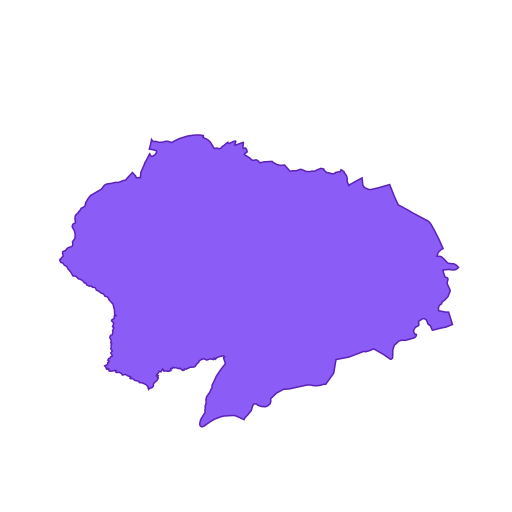 Tay Ninh, Tây Ninh, Vietnam (Mercator projection), rotated 248°
{"feature_id": "81297802B48058598464830", "entity_name": "Tay Ninh", "entity_type": "district", "adm_level": 2, "iso_a3": "VNM", "parent_name": "Vietnam", "parent_adm1": "Tây Ninh", "projection": "mercator", "projection_center": [106.126, 11.366], "detail": "fine", "context": "isolated", "style": "filled", "palette": "violet", "viewbox_px": 512, "rotation_deg": 248, "n_neighbors": 0, "source": "geoboundaries", "source_scale": "gbopen_adm2", "svg_char_len": 6064}
<svg xmlns="http://www.w3.org/2000/svg" viewBox="0 0 512 512"><g transform="rotate(248 256 256)"><path d="M169.6,439.5L172.1,438.5L173.6,437.5L174.7,436.4L177.1,431.7L177.9,431.0L182.5,429.3L185.9,427.6L186.8,426.4L188.0,423.7L191.1,426.3L192.5,429.7L192.8,432.2L202.7,431.9L214.3,430.9L220.2,430.1L223.3,429.1L224.2,428.5L236.9,417.7L242.3,413.6L250.2,407.0L259.3,406.6L272.2,406.7L273.4,394.9L274.5,387.9L274.9,386.4L275.7,385.3L278.3,382.7L280.2,381.8L281.6,381.6L288.7,383.6L287.9,376.3L287.0,369.5L286.6,368.4L291.2,368.5L293.1,369.4L295.9,370.0L298.6,369.6L299.5,369.1L301.4,369.1L304.1,367.3L303.9,366.8L302.9,365.9L302.6,365.2L303.2,363.6L303.6,361.3L303.6,360.6L303.1,360.0L303.5,357.6L306.1,354.4L307.0,352.7L310.0,351.2L311.2,351.5L312.9,349.1L313.0,345.0L312.7,342.7L313.0,341.1L313.7,340.0L314.1,337.5L315.5,334.4L318.7,331.1L319.6,330.0L319.8,329.0L319.9,325.4L321.3,322.0L321.7,319.4L329.7,316.5L330.8,312.7L332.9,309.8L336.8,306.6L337.7,306.4L340.1,299.3L341.0,294.7L341.4,294.2L343.1,293.8L344.7,292.7L345.2,291.7L345.7,289.2L346.5,288.2L349.4,286.8L354.5,283.2L355.2,283.9L355.6,286.4L356.0,286.9L358.3,287.2L359.8,286.8L360.3,286.4L360.3,285.0L360.6,284.5L360.9,284.4L361.7,284.6L365.5,286.7L366.2,286.7L366.5,278.0L366.8,277.8L367.4,278.2L369.5,280.1L370.3,280.0L370.6,278.6L370.4,273.3L371.0,272.5L372.0,272.5L371.4,269.9L370.5,267.8L370.2,265.8L369.0,263.7L369.6,261.5L370.8,260.2L371.3,257.5L378.5,256.4L380.7,255.5L382.7,254.2L385.8,251.2L386.0,251.1L386.7,252.1L387.2,252.3L388.4,250.9L390.1,247.3L391.5,243.1L392.9,237.3L393.6,228.8L393.3,223.9L392.8,220.3L395.2,217.5L396.2,215.4L396.5,212.0L397.8,208.4L399.7,206.3L400.0,205.1L400.8,203.7L401.2,203.3L403.2,202.8L398.2,199.5L395.1,197.1L393.2,200.2L391.2,202.8L390.1,203.0L389.2,202.4L387.7,200.3L387.2,196.9L387.5,196.4L388.3,196.0L390.6,195.7L390.3,195.3L384.5,188.7L384.3,188.0L382.5,186.5L376.7,180.6L372.0,178.2L373.5,174.2L375.2,174.4L379.7,172.7L376.3,165.4L375.2,163.7L375.7,161.3L375.7,156.2L377.0,152.9L377.4,149.6L378.5,145.4L378.7,143.1L378.1,141.3L375.9,137.8L374.1,125.2L372.3,122.1L369.4,118.2L367.5,117.0L366.3,115.9L366.0,115.0L365.7,111.7L364.0,109.7L363.8,108.7L362.6,106.9L361.6,104.5L360.9,103.5L358.5,102.1L354.8,101.2L354.3,100.7L354.3,99.0L353.9,98.0L352.6,96.8L351.5,96.5L347.3,97.1L344.3,96.6L340.1,94.8L338.0,91.2L335.2,90.4L334.3,89.8L333.9,88.6L334.0,84.5L333.8,83.7L332.5,81.5L332.4,78.4L331.1,77.7L328.3,77.3L325.9,72.5L323.2,72.6L321.7,74.4L319.2,74.9L317.2,76.6L314.6,76.8L310.1,78.3L306.1,78.8L305.0,80.9L304.4,81.5L301.3,82.8L300.3,84.3L298.6,85.6L297.1,86.4L295.3,86.8L294.6,88.2L293.1,88.1L292.6,88.2L290.4,90.3L290.0,91.9L288.2,92.7L287.1,94.9L286.4,95.2L284.2,95.2L282.5,96.9L279.5,98.6L278.3,100.1L276.9,100.7L275.3,100.9L273.5,103.2L270.3,103.4L265.0,105.4L259.3,104.6L255.2,103.2L254.5,103.3L253.3,103.8L253.8,102.5L253.4,102.0L251.2,101.3L250.8,98.5L250.5,97.9L249.7,97.9L246.9,99.0L244.3,96.5L243.9,96.6L243.2,97.4L242.8,97.3L240.3,95.0L238.9,94.8L236.9,93.2L236.7,92.8L236.9,91.4L235.0,89.8L231.9,90.2L229.8,88.8L228.8,89.4L227.8,88.3L226.0,87.8L224.6,86.7L223.8,86.7L221.8,87.2L220.5,85.0L218.2,85.4L217.1,85.2L216.9,83.3L215.8,82.1L216.1,81.3L216.0,80.7L214.9,79.6L213.5,80.4L213.1,80.4L212.7,78.5L211.4,78.0L210.9,77.2L210.9,74.6L209.2,75.1L206.9,75.1L206.7,75.6L207.3,76.1L207.3,76.4L206.1,77.2L204.8,76.7L204.2,76.9L203.2,79.3L202.8,82.9L202.3,83.3L201.6,82.4L201.1,82.4L199.9,83.5L199.6,85.2L199.2,85.8L197.5,87.2L195.7,87.5L195.1,90.4L194.2,91.4L193.0,92.1L191.1,94.5L190.7,94.6L190.0,93.4L189.4,93.5L188.5,95.7L185.8,97.2L184.2,99.9L182.2,100.6L181.1,102.9L177.9,105.9L175.5,106.9L173.9,106.5L172.5,106.5L173.1,107.4L172.9,110.0L173.5,111.7L174.3,112.4L175.5,112.8L176.3,113.6L177.7,117.6L179.3,119.5L180.2,119.9L180.7,119.1L181.1,119.0L181.8,120.4L182.5,119.0L183.1,119.2L183.9,121.4L185.3,123.0L184.2,124.5L186.2,127.0L185.7,127.5L184.2,127.3L183.6,127.7L183.2,129.6L182.2,130.8L181.7,132.0L181.7,134.3L182.2,134.5L183.1,134.3L183.6,134.6L183.6,135.0L183.0,136.3L184.0,137.1L182.8,138.5L182.6,139.7L180.3,142.4L180.5,143.4L177.9,144.8L177.0,145.9L177.1,146.6L177.9,147.0L178.0,147.3L177.2,149.0L177.5,153.3L176.4,156.6L176.3,157.9L178.4,161.3L178.8,162.9L180.2,164.4L180.3,166.0L180.7,166.6L180.2,167.5L180.6,168.8L178.0,171.3L177.7,175.3L175.9,177.6L176.0,178.1L177.0,179.0L176.8,179.4L175.5,179.6L176.2,181.2L176.5,182.9L175.9,188.1L174.8,188.9L174.2,189.1L174.2,188.4L173.8,187.7L168.0,187.4L167.4,186.8L163.3,179.8L159.2,173.9L158.0,172.8L152.9,167.2L152.2,166.6L150.3,165.9L149.1,164.1L147.0,162.1L144.1,157.6L141.8,155.9L138.3,154.7L135.9,152.6L133.7,151.9L132.0,150.8L130.1,150.3L125.8,144.3L123.5,142.2L121.1,140.8L120.3,140.7L119.0,140.8L117.9,141.7L117.7,144.0L119.3,150.5L120.2,156.1L120.1,162.9L119.6,166.4L116.8,174.8L116.0,176.4L114.8,177.9L108.8,183.6L109.5,184.2L110.2,185.4L111.8,188.8L114.4,193.6L118.8,197.2L119.4,198.4L119.3,199.6L118.8,200.8L116.8,201.9L114.4,204.7L112.7,208.2L112.6,210.1L113.2,212.5L113.7,213.7L115.6,215.3L117.9,216.0L118.4,216.7L121.2,223.6L122.1,231.4L120.2,237.5L117.5,253.7L116.8,256.3L115.5,259.1L114.4,260.4L112.9,263.8L112.1,266.8L111.6,271.3L110.9,272.5L118.3,284.2L130.0,291.4L127.5,304.2L127.2,319.4L127.1,320.6L126.2,321.5L125.7,325.6L125.8,330.4L116.7,337.5L109.8,342.0L109.7,342.9L110.3,344.5L117.7,347.7L121.8,351.1L122.1,352.9L123.6,356.2L123.6,357.0L123.2,360.1L121.8,363.0L120.8,372.1L121.1,373.3L121.7,374.3L122.8,375.3L123.3,375.2L124.6,373.8L126.5,373.8L128.0,374.3L129.9,376.6L130.3,378.0L130.4,380.0L131.0,381.2L132.1,381.6L133.9,381.9L134.6,382.8L135.4,386.9L135.0,388.4L133.5,389.7L132.4,390.0L128.2,390.0L126.1,391.5L122.0,391.6L121.1,391.8L121.0,392.0L120.0,399.7L118.9,405.5L118.9,412.5L131.8,413.6L133.0,410.7L136.9,404.8L139.8,405.9L141.5,407.5L142.1,410.1L142.4,410.4L142.9,410.4L143.5,411.1L144.4,414.4L146.5,418.9L150.5,422.7L151.7,423.2L158.6,422.9L159.6,423.2L162.2,425.1L163.1,425.5L164.3,425.1L165.8,423.4L170.2,423.6L173.0,424.2L171.2,429.9L169.7,432.5L168.6,435.1L168.8,437.7L169.6,439.5Z" fill="#8b5cf6" stroke="#5b21b6" stroke-width="1.5"/></g></svg>